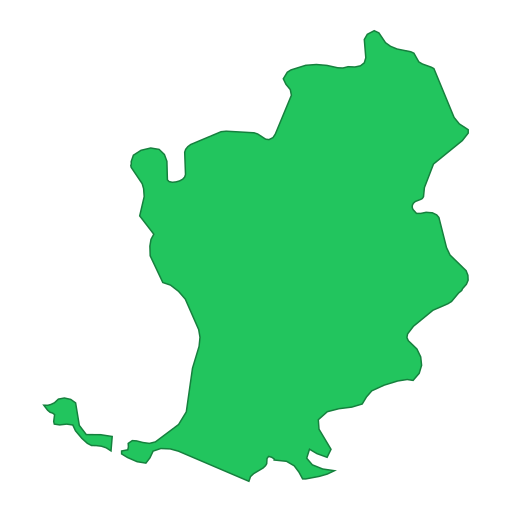 the Province of Sassari, rotated 270°
{"feature_id": "ITA-5374", "entity_name": "Sassari", "entity_type": "Province", "adm_level": 1, "iso_a3": "ITA", "parent_name": "Italy", "parent_adm1": "", "projection": "albers", "projection_center": [8.617, 40.716], "detail": "fine", "context": "isolated", "style": "filled", "palette": "green", "viewbox_px": 512, "rotation_deg": 270, "n_neighbors": 0, "source": "natural_earth", "source_scale": "10m", "svg_char_len": 2539}
<svg xmlns="http://www.w3.org/2000/svg" viewBox="0 0 512 512"><g transform="rotate(270 256 256)"><path d="M131.6,413.1L132.5,407.2L131.0,397.6L126.8,384.0L121.2,371.8L115.1,366.5L108.0,362.2L104.9,351.8L103.3,338.9L100.3,327.3L92.3,318.3L82.8,319.0L62.7,331.0L54.7,327.1L58.4,316.9L62.8,309.5L53.8,306.7L47.2,312.3L43.0,322.7L41.3,334.4L37.9,327.2L35.6,319.2L33.1,305.8L33.1,302.6L39.8,299.0L46.2,294.2L50.7,286.5L52.0,274.1L53.1,274.2L54.8,271.6L55.6,268.6L53.5,267.0L48.3,266.7L46.3,265.5L44.0,263.1L38.4,253.7L35.4,250.5L30.7,248.9L60.8,178.5L63.1,170.2L63.5,160.8L60.9,153.1L54.1,149.9L48.9,145.9L50.3,137.1L54.5,127.5L58.1,121.6L61.0,121.6L62.2,127.8L65.1,128.4L68.6,128.2L71.4,132.3L71.1,136.6L69.5,142.8L68.6,149.4L70.1,155.4L87.5,178.6L100.1,186.3L143.8,192.5L165.7,199.1L174.7,200.0L182.4,198.7L212.9,185.3L220.7,178.5L226.9,170.5L229.5,162.8L256.2,150.2L265.9,149.9L272.6,151.0L277.8,153.8L296.1,139.7L315.4,144.2L323.4,143.6L328.3,142.2L344.6,131.2L346.5,130.8L348.0,131.3L350.4,131.2L356.8,133.4L361.7,141.0L364.0,150.7L362.6,159.1L357.5,164.4L350.7,166.9L332.1,167.4L330.4,169.1L329.7,172.4L330.1,176.0L331.1,179.6L332.8,182.7L335.0,184.7L337.5,185.5L359.8,184.7L362.7,185.7L365.3,187.8L367.5,190.7L380.3,221.1L380.8,226.2L379.2,254.1L378.0,257.7L372.8,265.7L372.4,269.0L374.4,273.0L377.9,275.3L416.7,291.4L422.4,290.3L427.6,286.0L433.2,283.3L439.8,287.3L442.1,291.0L446.7,305.7L447.5,316.3L446.6,326.9L444.2,337.8L444.0,343.0L445.3,348.1L445.0,354.9L446.2,360.5L449.2,364.3L454.2,365.8L472.5,364.3L477.7,367.3L481.3,374.2L479.1,378.9L469.3,385.5L465.7,390.5L463.0,397.0L460.2,410.9L458.8,413.9L450.1,418.8L448.0,422.4L444.8,431.3L443.4,433.9L394.5,454.1L388.1,459.3L382.3,468.2L378.9,468.2L371.4,462.3L348.0,433.5L324.4,424.4L315.3,423.5L313.5,422.3L312.7,420.9L310.5,415.3L308.8,413.4L306.9,412.4L304.8,412.2L302.6,412.9L298.6,416.5L298.6,420.9L299.7,426.1L299.2,432.4L297.1,436.7L294.5,438.9L264.4,446.5L257.0,450.0L241.3,466.1L236.7,467.9L231.8,468.1L227.7,466.4L223.3,462.5L221.5,461.7L219.0,458.6L210.6,451.6L208.3,448.0L201.8,433.0L185.8,413.5L178.1,407.6L174.5,406.9L171.3,408.3L163.0,416.9L155.1,420.7L146.7,421.6L138.7,419.2L131.6,413.1ZM86.6,79.3L77.4,86.3L77.3,100.6L75.5,112.2L61.1,111.0L64.2,106.2L65.8,101.4L66.4,96.4L66.5,91.5L68.7,87.3L73.6,81.9L81.2,75.5L87.0,72.8L87.9,66.7L87.1,59.6L87.9,54.3L90.5,53.7L97.4,54.6L98.9,52.6L99.7,50.1L101.8,47.6L106.8,43.8L106.7,47.8L107.5,50.8L109.2,54.4L112.9,58.4L114.0,64.4L112.6,70.7L109.1,75.6L86.6,79.3Z" fill="#22c55e" stroke="#15803d" stroke-width="1.5"/></g></svg>